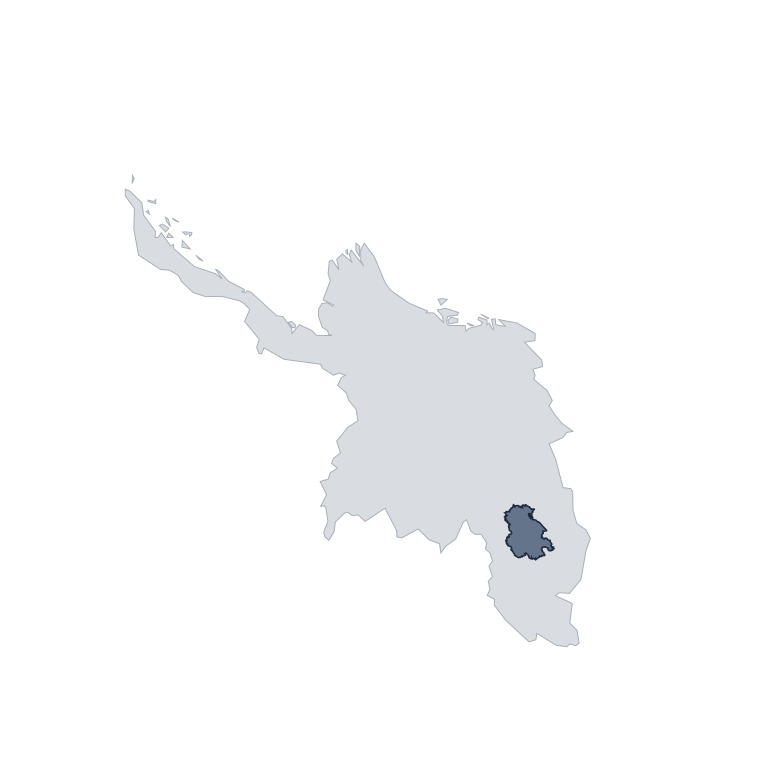 Mohnyin, Kachin, Myanmar shown in context, rotated 138°
{"feature_id": "60261553B43552707692155", "entity_name": "Mohnyin", "entity_type": "district", "adm_level": 2, "iso_a3": "MMR", "parent_name": "Myanmar", "parent_adm1": "Kachin", "projection": "mercator", "projection_center": [96.513, 25.308], "detail": "fine", "context": "in_parent", "style": "filled", "palette": "slate", "viewbox_px": 768, "rotation_deg": 138, "n_neighbors": 0, "source": "geoboundaries", "source_scale": "gbopen_adm2", "svg_char_len": 9660}
<svg xmlns="http://www.w3.org/2000/svg" viewBox="0 0 768 768"><g transform="rotate(138 384 384)"><path d="M496.7,354.3L489.1,350.6L483.6,354.0L475.1,352.7L476.0,360.1L471.1,362.6L462.5,361.9L457.4,373.2L439.6,376.1L428.0,374.0L421.6,384.0L421.2,395.4L418.0,402.3L419.3,414.1L411.7,417.2L407.1,416.5L409.7,421.9L415.6,424.3L419.1,436.5L418.0,441.2L441.8,469.3L449.1,491.2L454.8,488.2L456.5,490.5L454.2,496.3L446.8,500.7L445.7,523.8L433.8,529.3L434.1,537.0L435.6,542.5L446.1,557.8L458.0,568.2L464.6,579.4L465.9,595.6L464.2,602.3L467.3,612.1L473.3,618.5L480.2,644.0L466.3,666.5L452.2,681.2L450.4,696.8L445.9,702.0L443.7,697.1L442.7,680.8L449.6,670.4L451.7,650.3L456.1,646.1L453.8,644.1L448.3,645.5L450.2,629.2L447.1,628.6L449.7,625.1L446.3,598.0L435.5,578.8L434.1,570.5L432.4,581.7L431.2,579.5L430.8,564.4L424.6,547.9L425.2,546.5L428.2,547.9L425.5,544.2L423.3,545.0L421.4,541.0L418.1,506.6L414.0,501.7L415.6,486.9L418.6,483.1L407.2,484.7L401.9,472.1L401.5,465.2L390.1,454.7L392.0,458.0L390.1,461.5L392.0,467.4L387.3,478.3L382.7,483.3L376.4,485.3L371.6,482.2L370.5,476.4L368.5,476.3L373.0,487.3L354.7,496.7L351.9,503.2L342.5,511.8L339.6,510.7L341.1,499.1L335.6,508.3L327.9,508.6L326.3,496.2L323.2,503.4L318.8,505.6L320.1,485.0L318.9,491.0L311.6,499.2L304.5,501.8L306.1,484.8L315.6,457.9L316.4,449.0L311.3,427.3L302.8,409.1L305.2,408.8L299.5,403.6L298.7,390.0L295.3,394.9L294.9,403.4L287.6,399.0L280.7,387.2L283.5,386.1L291.5,391.7L296.0,388.5L297.2,384.7L284.6,373.1L287.7,368.4L283.6,368.5L272.8,362.9L269.7,363.9L271.1,368.9L268.9,370.3L264.7,362.7L267.8,359.0L265.1,358.9L266.8,352.2L265.8,351.2L260.8,360.1L257.8,358.0L261.1,353.5L259.8,350.9L255.2,345.7L255.6,355.1L244.4,340.4L237.9,320.3L242.8,315.2L251.6,321.1L250.8,296.3L254.5,290.9L263.5,295.4L266.0,289.1L269.6,287.4L267.2,270.2L270.0,259.1L276.0,257.3L277.4,248.2L278.2,236.1L275.3,222.4L280.7,225.7L286.9,224.5L301.4,229.1L306.8,213.2L320.3,187.2L315.2,181.2L316.1,177.4L328.0,163.7L334.1,151.3L331.5,140.2L334.0,131.1L344.9,125.3L368.6,106.9L386.2,104.3L393.4,111.6L398.3,112.2L391.0,94.9L405.9,82.0L405.5,71.6L412.5,60.8L416.4,61.2L420.0,66.5L423.9,66.5L430.8,74.4L437.3,96.3L442.3,92.3L448.8,95.4L451.6,127.5L449.9,146.0L445.9,150.2L448.9,157.8L442.7,160.5L438.4,167.8L432.2,168.4L427.9,178.4L421.7,179.9L418.3,187.7L419.0,193.6L414.0,197.0L412.3,207.2L416.7,211.2L418.0,216.6L413.4,227.9L417.3,228.4L434.5,220.8L446.6,222.2L454.8,220.4L449.6,228.1L454.7,238.1L455.7,253.5L473.8,257.8L476.7,261.7L472.7,266.5L466.4,291.1L490.0,294.5L490.8,304.0L495.8,307.4L496.5,312.7L499.7,314.4L512.4,314.1L519.9,307.6L529.6,304.8L530.1,310.2L527.9,314.2L517.4,319.6L510.2,330.8L509.7,333.3L513.0,335.5L500.8,340.0L496.7,354.3ZM287.9,380.6L295.5,385.1L294.0,388.5L289.3,388.7L285.6,382.8L287.9,380.6ZM437.7,614.1L442.5,621.0L437.8,625.6L437.7,614.1ZM287.1,410.8L283.2,408.2L280.5,404.5L288.9,404.5L287.1,410.8ZM444.6,643.2L444.8,652.1L441.7,651.2L439.8,643.7L444.6,643.2ZM315.7,501.8L310.6,507.5L309.9,502.6L316.8,495.4L315.7,501.8ZM413.7,493.8L410.6,492.0L410.3,486.8L412.6,485.3L414.5,487.8L413.7,493.8ZM434.8,654.1L434.1,651.2L437.3,644.0L436.8,650.3L434.8,654.1ZM433.0,670.7L437.1,677.3L436.4,678.6L432.6,673.4L430.2,673.8L433.0,670.7ZM447.4,638.2L443.0,640.1L442.7,633.9L447.4,638.2ZM437.1,701.4L431.4,707.2L432.1,704.0L437.1,701.4ZM263.3,363.7L265.4,371.3L261.9,362.3L263.3,363.7ZM437.8,600.1L437.6,605.6L436.2,596.6L437.8,600.1ZM280.7,369.1L281.4,373.8L278.1,367.1L280.7,369.1ZM432.0,631.7L428.8,629.0L429.9,627.0L431.5,627.5L432.0,631.7ZM429.7,623.8L427.6,627.5L425.5,625.2L427.2,623.6L429.7,623.8ZM430.2,645.6L430.3,648.8L427.9,641.4L430.2,645.6ZM323.4,508.5L321.1,508.4L324.2,504.7L324.5,506.1L323.4,508.5ZM445.2,671.3L443.1,670.7L444.7,667.1L445.2,671.3Z" fill="#d9dde1" stroke="#a8b0b8" stroke-width="1"/><path d="M384.7,197.5L384.8,197.3L384.5,197.0L384.9,196.4L384.6,196.3L384.8,196.1L384.6,196.1L384.7,195.8L384.3,195.3L384.8,195.2L385.0,195.4L385.3,195.0L385.9,195.3L386.5,194.7L386.7,194.8L386.9,194.7L386.9,194.4L387.2,193.9L387.0,193.7L387.1,193.2L387.5,193.1L387.9,192.8L388.6,191.5L388.6,190.7L388.4,190.5L388.5,190.2L388.1,189.9L388.1,189.5L389.0,187.6L389.9,187.3L390.7,188.1L391.3,188.0L391.5,188.3L392.2,188.4L392.8,187.5L393.1,186.6L393.5,186.7L393.4,187.0L393.6,186.9L393.6,187.2L394.0,187.1L394.2,187.3L394.2,187.8L394.4,187.8L394.5,187.5L395.3,187.7L395.3,187.4L395.7,187.4L395.9,187.2L395.9,186.8L397.2,186.3L397.8,186.4L398.4,186.0L398.5,185.8L398.1,185.6L398.0,186.0L397.7,186.0L397.5,185.7L398.4,185.2L398.1,184.9L398.3,184.3L398.9,184.3L399.5,184.0L399.5,183.5L399.8,183.0L399.2,182.6L399.3,182.4L399.2,181.9L400.0,181.5L400.1,181.0L399.9,180.4L399.7,180.2L399.0,179.0L398.6,178.7L398.6,177.9L399.3,176.2L399.6,176.4L400.0,176.4L400.6,175.7L400.6,175.2L400.2,175.1L400.1,174.8L400.2,174.2L400.4,174.1L400.3,173.2L400.5,173.0L400.8,171.7L400.8,170.8L401.5,169.2L401.3,168.8L401.4,168.2L401.0,168.0L400.7,167.2L400.7,166.2L400.4,165.3L400.2,165.0L399.6,164.7L399.3,164.3L398.7,164.0L398.3,163.6L397.1,164.1L396.7,163.7L396.6,163.0L396.0,163.0L395.4,163.3L395.2,163.1L394.8,162.7L394.1,162.3L393.5,162.2L393.0,163.0L392.7,163.1L392.4,163.3L392.5,163.5L392.3,163.4L392.0,163.7L391.8,163.7L391.7,163.2L391.4,162.9L391.6,162.6L391.4,162.5L391.4,161.7L391.6,161.3L391.5,161.0L391.4,160.8L391.5,160.5L391.4,160.2L391.5,159.5L391.7,159.3L391.6,159.1L392.1,158.5L392.0,158.3L392.3,157.9L392.3,157.1L391.9,156.1L391.5,155.7L391.5,155.4L391.1,155.2L391.0,154.8L390.8,154.6L390.6,154.7L391.1,155.3L390.9,155.7L390.5,156.1L390.6,155.7L390.1,154.5L389.6,154.2L389.2,154.0L389.2,153.8L389.0,153.6L389.3,153.3L389.3,153.1L389.0,153.0L388.9,152.6L388.7,152.6L388.4,153.2L388.0,153.1L388.2,152.8L388.1,152.6L388.6,152.3L388.8,151.9L387.8,151.8L387.1,151.9L386.5,151.7L385.7,151.7L385.2,151.5L384.9,151.7L384.6,151.4L384.4,151.4L384.2,151.7L383.9,151.8L383.8,152.0L383.5,152.1L383.5,151.9L383.0,151.2L382.9,150.7L382.1,150.4L381.8,150.8L381.3,150.3L380.4,150.2L380.0,149.4L379.8,149.3L379.6,149.6L379.3,149.3L379.2,149.5L378.9,149.5L379.2,150.2L379.0,150.5L378.6,150.6L378.5,151.1L378.0,152.0L378.4,153.4L378.4,153.8L377.8,154.3L378.0,154.7L377.7,154.8L377.4,155.1L377.4,155.8L376.9,156.2L376.4,156.2L375.9,156.7L375.3,156.7L374.8,156.4L374.5,155.7L374.1,155.5L373.7,155.6L373.4,155.4L373.1,154.6L372.9,154.6L372.8,154.3L372.7,153.7L372.2,153.0L371.9,152.2L372.6,151.6L373.0,150.9L372.7,150.4L372.9,149.8L372.3,149.3L371.8,148.5L371.5,148.7L371.0,148.3L370.6,148.3L370.6,148.1L370.3,147.9L369.9,148.1L369.6,148.5L369.3,148.5L369.4,148.8L369.1,148.9L369.0,148.5L368.9,148.7L368.6,148.4L368.6,148.6L368.4,148.5L368.0,148.8L368.1,148.5L367.6,148.3L367.6,148.8L367.4,149.0L367.6,149.1L367.6,149.3L367.3,149.4L367.6,149.8L367.9,149.9L367.7,150.1L367.9,150.4L368.4,150.5L368.0,151.7L368.2,151.8L368.3,152.0L368.1,152.2L367.9,152.1L367.6,152.6L366.9,152.5L366.4,152.7L366.1,153.7L366.3,154.3L366.0,155.8L365.2,156.5L365.9,157.1L366.1,158.0L366.4,158.5L366.5,159.2L366.2,159.9L366.3,160.5L367.0,160.9L367.2,161.2L367.2,161.5L367.9,161.8L368.1,161.6L368.3,161.8L368.6,161.7L368.6,161.9L368.8,161.8L368.9,162.3L369.4,162.8L369.2,163.1L369.3,163.5L369.1,163.8L369.1,164.0L368.7,164.2L368.9,164.6L369.4,164.8L369.0,165.0L368.5,165.4L368.3,165.9L368.0,166.0L367.8,165.9L367.4,166.4L366.9,166.4L366.2,166.8L365.6,166.4L365.4,166.6L364.4,168.4L364.0,168.1L364.0,167.8L361.6,166.2L361.4,166.2L361.3,166.6L361.0,166.9L361.2,170.9L361.1,176.9L361.3,177.5L361.5,177.6L361.6,178.5L361.9,178.6L362.2,179.1L362.1,179.9L362.2,181.2L362.9,182.1L363.2,182.8L363.9,183.3L363.9,184.1L364.2,184.1L364.0,184.8L364.3,184.7L364.1,185.7L364.9,185.8L364.8,186.8L365.0,187.1L364.6,188.7L364.7,189.0L364.3,189.3L363.8,190.6L363.1,190.8L362.6,190.6L362.8,188.8L363.1,188.3L363.3,188.4L363.6,188.1L363.6,188.4L363.7,187.3L363.9,186.9L363.7,186.3L363.2,186.0L363.2,185.8L363.0,186.0L362.8,185.6L362.5,186.3L362.5,187.2L362.3,187.4L362.3,187.8L362.2,187.8L362.6,188.2L362.4,188.5L362.2,188.5L361.7,188.8L361.5,189.0L361.3,188.8L361.1,189.1L359.3,189.1L358.8,189.5L359.0,189.6L359.0,189.8L358.3,190.2L357.0,190.3L356.3,190.1L356.1,190.4L356.5,190.6L356.7,190.9L356.5,191.0L356.7,191.3L357.4,191.8L358.0,192.0L357.9,192.3L358.0,192.7L358.5,193.1L358.1,195.2L358.6,195.5L358.6,196.1L358.9,197.2L359.5,198.0L359.2,198.7L359.5,199.5L360.3,199.3L360.6,199.4L361.0,199.1L361.0,200.1L361.3,200.2L361.3,200.5L361.6,200.5L361.7,200.9L362.1,200.7L362.1,200.9L362.5,200.7L363.3,201.0L363.3,200.4L363.6,200.2L363.9,200.5L364.3,200.4L364.3,200.0L364.6,200.5L364.9,200.5L365.1,200.8L364.6,201.4L365.2,201.4L365.9,202.4L365.8,202.8L365.3,203.0L365.5,203.5L366.1,204.4L367.1,205.1L367.6,205.2L368.2,205.8L368.8,205.5L368.7,205.4L368.6,205.1L369.0,205.1L368.8,205.8L368.9,206.1L368.7,206.2L368.4,207.6L368.9,207.6L369.6,207.1L369.8,206.6L371.0,206.3L371.3,206.1L372.4,206.7L373.0,206.6L373.3,206.1L374.6,206.3L374.7,206.0L375.7,205.9L376.2,205.0L376.5,205.4L376.6,205.1L376.5,205.5L376.9,205.7L377.0,206.1L378.0,206.4L378.3,206.9L378.2,207.0L378.6,207.4L379.5,206.9L379.8,207.0L380.4,207.4L380.3,206.4L380.9,205.0L380.5,204.2L380.5,203.7L381.8,204.3L382.1,204.8L382.5,205.2L382.3,204.8L382.4,204.6L383.3,204.6L383.2,204.3L383.5,203.9L383.2,203.6L383.5,203.4L383.3,203.3L383.4,203.2L383.1,203.1L383.8,203.0L383.5,202.9L383.6,202.6L383.7,202.8L384.0,202.6L384.3,202.6L384.3,202.2L384.7,202.2L384.7,201.9L384.9,201.8L384.6,201.6L384.9,201.2L384.7,201.0L384.9,200.8L384.7,200.7L384.4,200.8L384.5,200.5L384.8,200.5L384.4,200.4L384.6,200.0L384.3,200.3L384.1,200.2L384.5,199.8L384.4,199.5L384.6,199.4L384.4,199.0L384.8,199.1L384.9,198.9L384.6,198.8L384.7,198.6L384.6,198.3L384.9,198.0L384.7,197.5Z" fill="#64748b" stroke="#1e293b" stroke-width="1.5"/></g></svg>